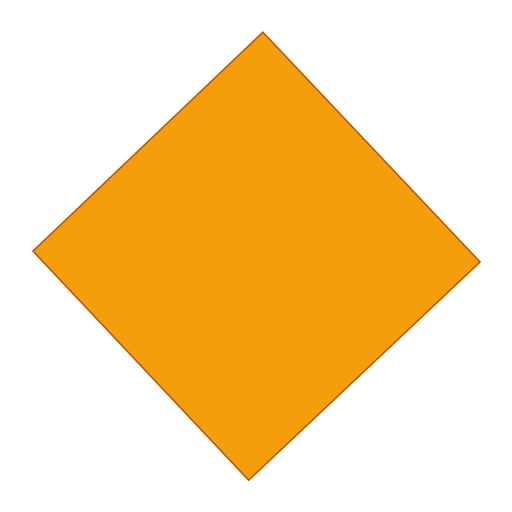 the district of Dawson, Texas, United States of America, rotated 47°
{"feature_id": "52423323B68149389571600", "entity_name": "Dawson", "entity_type": "district", "adm_level": 2, "iso_a3": "USA", "parent_name": "United States of America", "parent_adm1": "Texas", "projection": "robinson", "projection_center": [-101.991, 32.743], "detail": "fine", "context": "isolated", "style": "filled", "palette": "amber", "viewbox_px": 512, "rotation_deg": 47, "n_neighbors": 0, "source": "geoboundaries", "source_scale": "gbopen_adm2", "svg_char_len": 237}
<svg xmlns="http://www.w3.org/2000/svg" viewBox="0 0 512 512"><g transform="rotate(47 256 256)"><path d="M177.9,97.8L97.0,98.3L100.3,415.8L415.0,414.3L413.2,96.2L177.9,97.8Z" fill="#f59e0b" stroke="#b45309" stroke-width="1.5"/></g></svg>